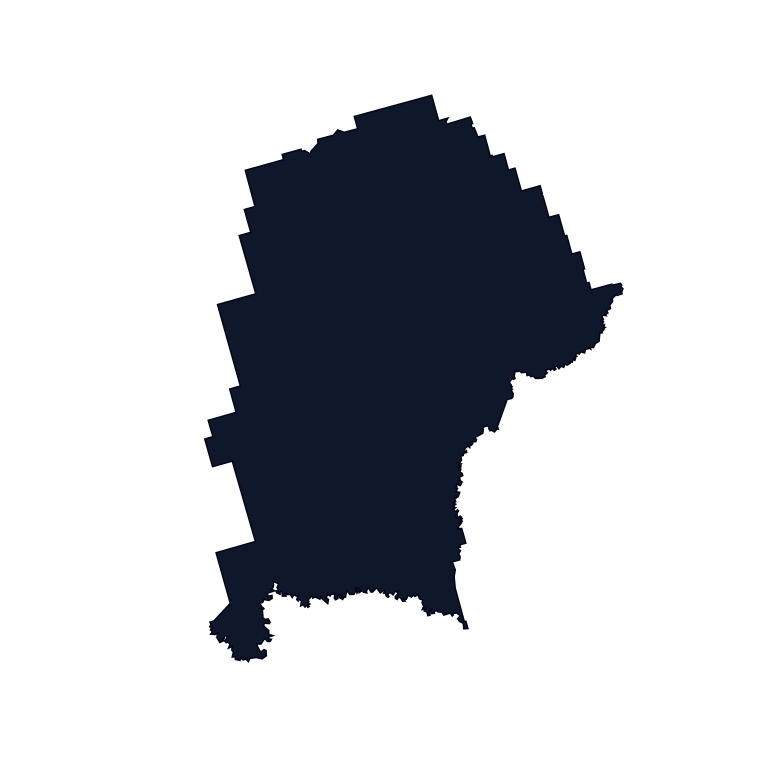 outline of Balranald, New South Wales, Australia, rotated 337°
{"feature_id": "25037944B43785864788030", "entity_name": "Balranald", "entity_type": "district", "adm_level": 2, "iso_a3": "AUS", "parent_name": "Australia", "parent_adm1": "New South Wales", "projection": "mercator", "projection_center": [143.52, -34.044], "detail": "fine", "context": "isolated", "style": "filled", "palette": "ink", "viewbox_px": 768, "rotation_deg": 337, "n_neighbors": 0, "source": "geoboundaries", "source_scale": "gbopen_adm2", "svg_char_len": 6147}
<svg xmlns="http://www.w3.org/2000/svg" viewBox="0 0 768 768"><g transform="rotate(337 384 384)"><path d="M379.9,132.9L379.2,138.2L339.8,133.1L334.6,170.2L323.6,168.8L320.6,192.3L308.7,190.8L301.2,250.9L261.8,245.8L251.0,329.7L240.0,328.3L236.8,352.3L208.0,348.7L205.9,365.6L197.5,364.6L193.9,393.1L214.2,395.7L204.1,478.7L163.5,473.7L156.8,525.8L134.7,535.7L130.8,535.1L130.6,537.9L128.7,539.4L130.3,541.1L128.1,542.5L129.3,545.0L126.7,546.5L130.9,548.7L133.9,547.8L131.1,552.0L131.9,557.8L136.1,557.7L136.7,556.3L134.6,555.3L137.5,555.7L138.9,553.4L141.3,555.3L137.0,558.4L137.5,560.4L139.3,560.5L140.8,563.3L137.6,566.4L142.0,566.3L139.9,569.3L140.6,572.0L137.6,576.0L140.5,577.1L139.6,579.5L143.4,582.2L145.4,580.4L146.6,583.1L149.2,583.0L150.7,586.6L153.1,584.2L159.5,585.8L164.5,589.4L169.6,588.1L171.3,583.2L169.8,581.6L166.7,582.5L165.4,581.5L164.9,573.5L169.2,575.3L174.8,571.6L176.2,575.6L178.8,576.5L180.6,575.0L178.3,573.6L178.8,571.8L183.5,572.3L180.1,569.4L181.6,565.9L178.8,560.1L180.0,557.3L185.0,559.8L186.1,558.7L185.6,554.9L182.6,554.3L181.2,552.2L183.8,544.4L185.7,543.9L185.4,542.8L181.3,542.6L184.6,541.3L183.7,537.3L187.1,537.6L189.1,535.4L193.6,538.3L197.3,537.6L198.3,534.8L194.5,534.1L194.8,531.0L202.9,531.7L199.8,528.6L202.0,528.3L203.8,526.1L204.7,522.5L209.0,526.6L205.9,529.7L207.0,531.6L203.7,532.7L203.7,534.5L206.2,536.9L207.4,534.4L209.1,534.5L207.5,539.5L210.9,541.0L211.0,538.3L212.2,537.7L212.4,539.9L215.5,541.2L216.0,544.7L218.8,542.9L220.7,545.3L222.4,545.2L219.4,548.3L220.2,550.1L221.3,548.4L223.2,551.6L220.6,555.7L223.3,555.5L224.1,558.5L226.6,557.7L226.7,559.8L228.3,559.6L227.7,557.6L229.7,557.5L228.2,555.9L229.8,555.1L230.1,552.9L235.2,550.9L234.8,553.3L237.2,553.0L240.9,557.0L243.3,555.7L243.1,557.4L246.4,564.2L248.7,560.7L247.0,557.3L249.5,556.7L250.3,555.0L251.5,558.2L253.0,557.0L256.7,558.1L254.6,561.6L255.1,563.7L257.7,563.5L258.3,560.7L260.2,560.7L259.5,563.2L261.8,566.2L262.9,565.3L261.4,563.2L262.0,561.5L263.5,564.7L265.3,565.2L269.0,559.4L270.3,564.4L274.1,565.9L277.2,563.4L278.6,560.2L280.6,562.0L278.4,561.9L277.4,565.9L282.1,563.5L279.9,566.3L283.4,565.7L283.8,567.7L286.6,569.6L286.8,568.0L289.9,564.9L290.8,570.6L292.6,571.0L294.4,568.2L294.0,570.3L296.8,569.1L298.8,570.3L298.0,571.3L299.0,574.9L303.1,573.7L303.9,574.6L301.9,576.3L303.6,577.5L303.1,580.2L304.4,581.9L305.4,581.7L305.4,578.9L308.1,578.2L310.0,581.7L313.8,579.1L315.8,580.2L314.5,580.3L315.2,582.2L311.2,584.2L310.7,585.9L312.0,587.5L313.2,586.1L315.5,586.9L316.4,591.3L318.7,592.1L318.2,589.4L320.4,590.9L323.8,587.9L326.0,590.9L328.5,589.7L329.4,591.6L333.1,591.4L332.7,595.6L335.5,598.2L333.6,600.0L333.6,604.3L331.2,606.5L334.5,606.6L332.2,608.5L334.4,610.7L333.8,614.4L336.1,614.8L337.1,610.6L338.7,610.1L338.1,613.9L340.8,614.8L341.1,613.4L343.7,612.7L344.5,614.8L348.1,616.6L348.8,620.1L355.6,620.8L356.1,624.2L357.4,623.8L357.1,622.2L361.3,623.1L363.7,627.2L360.0,628.9L360.8,632.1L363.4,635.1L361.8,640.6L365.7,641.9L366.7,634.4L365.1,634.1L369.8,599.6L373.3,588.8L377.0,582.9L377.4,574.4L385.0,575.5L386.6,572.6L386.4,569.4L389.3,567.3L387.1,563.6L390.6,564.2L390.9,561.7L397.2,562.5L399.1,547.3L394.4,546.0L396.9,546.2L395.7,545.7L395.9,543.5L396.9,544.8L397.8,543.3L399.0,543.9L398.2,543.1L399.6,543.0L399.1,541.2L400.2,540.5L399.9,542.0L400.9,542.2L400.8,540.6L401.2,541.6L402.5,540.9L401.4,539.0L404.1,538.5L402.9,538.6L403.2,537.0L401.6,537.7L402.4,535.4L399.4,535.8L400.3,533.1L399.0,533.9L398.3,533.4L403.0,529.7L402.4,528.5L400.5,529.9L398.8,526.6L401.2,526.0L399.7,525.3L400.9,524.9L400.2,523.4L403.1,522.7L401.3,520.5L404.0,520.4L404.4,515.7L405.4,517.0L406.0,515.8L406.3,517.0L408.4,516.6L411.4,513.3L408.3,511.4L410.8,509.0L409.5,508.1L411.0,507.3L410.0,505.5L410.9,506.2L411.9,504.7L414.4,507.3L416.5,505.8L416.1,504.7L417.6,504.7L416.6,503.1L416.8,499.5L420.8,499.0L420.9,496.4L419.3,494.8L421.5,492.4L419.9,490.3L422.3,490.5L422.9,489.2L421.9,489.7L421.2,487.9L423.3,487.5L421.8,486.9L425.6,484.3L426.5,480.6L429.1,480.7L430.3,478.8L433.3,479.4L433.7,477.8L432.2,478.4L431.7,477.2L433.8,474.8L437.0,474.0L438.1,476.1L439.7,473.3L440.6,474.5L442.4,473.6L442.7,471.9L446.0,472.9L447.4,471.4L446.5,468.9L455.7,467.9L457.6,465.0L457.2,463.8L459.6,462.4L463.0,463.0L464.0,465.2L463.0,466.0L463.3,468.5L464.8,468.6L466.9,471.3L470.5,469.6L471.6,470.4L471.9,467.4L491.4,446.3L495.8,447.2L497.6,446.3L499.2,443.2L498.6,439.4L500.1,439.0L499.4,437.6L500.8,436.6L499.7,436.1L500.8,434.8L499.9,431.7L504.2,428.9L505.0,430.4L506.8,430.1L507.0,427.5L510.1,422.9L510.8,424.4L513.8,425.1L515.0,427.3L519.8,428.8L518.9,432.1L521.8,432.5L521.7,434.4L524.6,435.4L525.7,438.1L531.7,440.5L535.2,440.2L534.9,438.8L538.7,437.5L537.8,435.2L540.1,434.5L542.6,435.3L542.6,436.4L545.3,435.5L546.0,437.9L548.1,437.5L547.6,434.8L550.1,435.0L551.0,438.3L554.0,436.8L555.9,438.9L558.2,436.4L560.1,438.2L563.4,437.7L563.4,436.3L565.7,437.5L567.6,435.5L568.9,436.8L569.9,435.7L568.9,435.7L569.7,434.9L568.9,434.4L568.9,434.1L572.3,433.8L571.6,432.5L573.0,431.0L575.5,432.7L577.7,431.3L580.8,433.8L582.8,431.0L587.2,431.4L587.9,432.7L588.4,430.8L591.0,432.3L594.4,429.4L598.7,428.7L602.6,421.4L604.9,422.1L604.9,421.0L607.7,419.9L607.2,418.9L609.6,418.4L608.8,417.8L610.1,415.6L608.7,415.7L608.6,414.3L610.5,412.3L609.6,410.3L611.3,410.0L610.8,407.6L612.3,406.2L615.2,407.9L614.9,406.6L617.9,406.1L617.5,403.3L622.0,403.1L622.6,399.6L626.6,397.4L627.6,394.5L632.7,392.5L633.1,393.6L638.4,394.0L638.1,391.5L638.9,392.1L641.2,389.7L639.9,386.4L641.3,386.1L641.1,383.8L632.5,382.1L632.7,381.1L611.4,378.2L612.4,370.6L610.0,370.3L612.0,356.2L613.6,356.4L616.0,338.9L607.7,337.7L610.3,318.6L608.1,318.3L610.9,296.4L601.0,295.0L603.8,272.8L603.0,271.6L604.1,270.7L605.2,262.5L585.9,260.0L588.9,236.5L582.2,235.6L584.5,218.8L572.8,217.3L572.9,215.8L570.9,215.5L573.9,194.3L566.9,193.3L567.2,183.4L565.2,183.1L565.5,179.1L567.4,178.9L567.7,172.0L543.3,169.4L543.7,166.6L546.8,164.2L537.2,163.0L540.7,136.9L461.2,126.1L459.4,138.7L445.8,136.8L440.7,132.1L434.5,135.2L418.6,132.9L417.2,136.8L407.8,141.2L406.1,143.5L402.0,138.0L399.1,137.7L399.4,135.5L379.9,132.9Z" fill="#0f172a" stroke="#020617" stroke-width="1.5"/></g></svg>